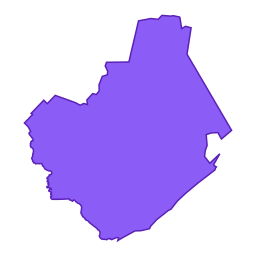 outline of Brazoria, Texas, United States of America
{"feature_id": "52423323B52788200523187", "entity_name": "Brazoria", "entity_type": "district", "adm_level": 2, "iso_a3": "USA", "parent_name": "United States of America", "parent_adm1": "Texas", "projection": "albers", "projection_center": [-95.65, 29.212], "detail": "fine", "context": "isolated", "style": "filled", "palette": "violet", "viewbox_px": 256, "rotation_deg": 0, "n_neighbors": 0, "source": "geoboundaries", "source_scale": "gbopen_adm2", "svg_char_len": 2969}
<svg xmlns="http://www.w3.org/2000/svg" viewBox="0 0 256 256"><path d="M24.4,123.0L28.1,126.7L30.7,131.4L29.0,133.0L29.3,134.3L32.9,139.0L33.1,139.8L33.0,140.4L32.7,140.9L32.0,140.8L31.3,141.3L30.9,141.7L31.0,142.7L30.4,143.5L30.6,144.6L30.3,145.5L30.6,146.3L31.0,147.3L32.0,147.8L32.6,148.3L33.0,149.0L33.4,150.0L33.5,151.3L33.3,152.6L32.8,153.8L32.8,154.8L32.6,155.6L32.7,156.2L32.4,156.6L32.1,157.5L31.7,158.2L31.7,158.8L32.1,159.0L32.6,160.3L32.5,160.6L32.7,161.2L33.2,161.4L33.4,162.3L33.9,162.9L34.3,162.6L34.8,162.8L35.1,163.3L35.6,163.8L36.3,163.7L38.1,163.5L39.0,163.7L40.3,163.7L41.2,163.5L41.7,163.7L42.3,164.6L42.4,165.6L42.8,166.1L43.5,166.5L44.0,167.2L44.4,168.0L44.8,168.7L45.3,169.2L46.1,169.7L47.6,170.4L49.2,171.0L50.1,170.8L50.8,171.0L51.5,171.8L51.8,172.5L51.6,173.2L51.4,174.1L50.6,174.8L50.1,174.6L49.2,175.0L49.0,175.7L49.0,176.3L48.7,176.9L47.9,177.2L47.4,177.2L47.2,177.7L47.2,178.1L47.0,178.7L47.7,178.8L48.0,179.5L48.2,179.8L47.9,180.4L47.4,180.9L47.2,181.3L47.4,181.8L47.7,181.7L48.5,182.1L48.7,182.7L48.5,183.3L48.1,183.4L47.9,183.9L48.4,184.1L48.7,184.8L48.4,184.9L48.3,186.0L48.0,186.8L47.5,186.9L47.4,186.6L46.9,186.6L46.9,187.1L47.1,187.7L47.8,187.8L48.3,187.5L49.1,187.7L50.3,188.1L51.0,188.5L51.1,189.1L50.5,188.6L50.0,188.6L49.7,189.2L48.8,190.4L48.9,191.1L49.6,191.5L50.5,191.7L51.0,192.4L51.4,192.6L51.4,193.3L51.1,193.4L50.8,193.7L50.7,194.2L50.7,194.7L51.2,195.1L51.7,195.5L51.7,195.9L51.4,196.1L50.6,196.9L51.1,198.5L52.0,199.3L59.1,199.3L62.1,199.2L65.2,199.1L67.5,198.9L68.1,198.9L68.7,198.7L69.1,199.2L69.4,199.8L69.9,200.0L70.8,200.1L71.3,200.4L72.0,200.8L72.3,201.2L73.0,200.9L73.3,200.3L74.1,200.0L74.8,200.2L75.4,201.1L76.2,202.0L77.9,203.2L79.2,203.7L80.5,204.7L81.7,206.9L81.4,209.6L80.9,212.9L82.8,216.7L84.5,217.9L85.5,219.7L87.2,220.5L88.4,221.2L89.3,222.5L91.2,224.0L92.8,225.2L94.5,226.6L95.8,227.5L97.0,228.5L97.6,229.5L99.2,230.6L100.1,232.4L100.0,233.5L99.8,234.4L99.3,236.0L100.0,237.5L101.4,239.0L102.8,239.2L104.1,239.4L105.3,239.3L106.7,239.7L107.9,238.9L108.8,238.6L109.3,238.9L109.8,238.7L110.1,238.5L110.5,238.8L110.8,239.3L111.7,239.6L116.6,237.5L118.6,237.9L118.4,239.1L117.8,240.2L117.7,240.6L122.9,237.5L135.0,230.9L140.9,230.7L149.5,228.7L150.9,225.9L156.9,219.5L168.0,210.7L171.2,209.0L171.3,208.8L177.5,200.9L186.0,193.0L198.1,182.9L214.9,170.0L215.5,168.0L216.4,166.9L214.8,166.0L213.6,164.7L219.8,153.8L209.8,163.2L204.6,156.6L205.2,150.8L207.1,145.5L206.2,134.6L211.5,132.9L217.9,132.6L221.4,139.0L231.6,130.4L215.9,103.5L197.4,71.9L187.0,54.2L191.1,27.8L185.7,26.3L181.6,28.5L180.0,18.0L179.6,17.0L173.3,15.7L170.6,16.1L162.0,15.4L158.2,19.3L150.8,18.5L138.5,20.9L135.3,34.7L133.7,41.3L133.0,44.4L131.9,48.9L128.9,62.0L106.5,62.3L105.2,66.0L107.7,71.2L107.3,74.8L102.3,76.4L99.0,84.8L99.2,90.9L96.3,94.5L92.7,93.6L86.9,99.9L87.4,104.5L83.7,103.5L80.2,105.2L75.5,102.7L55.2,95.4L47.3,103.6L43.8,100.2L31.1,113.4L32.6,114.5L24.4,123.0Z" fill="#8b5cf6" stroke="#5b21b6" stroke-width="1.5"/></svg>